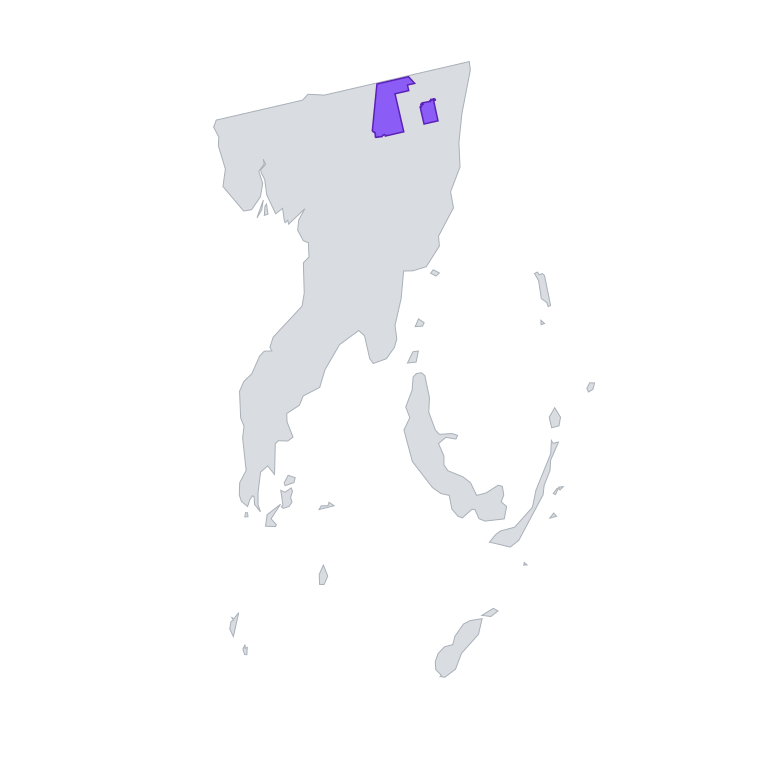 location of Telefomin District, Sandaun, Papua New Guinea, rotated 77°
{"feature_id": "67681753B11623984799605", "entity_name": "Telefomin District", "entity_type": "district", "adm_level": 2, "iso_a3": "PNG", "parent_name": "Papua New Guinea", "parent_adm1": "Sandaun", "projection": "mercator", "projection_center": [141.969, -4.517], "detail": "fine", "context": "in_parent", "style": "filled", "palette": "violet", "viewbox_px": 768, "rotation_deg": 77, "n_neighbors": 0, "source": "geoboundaries", "source_scale": "gbopen_adm2", "svg_char_len": 6534}
<svg xmlns="http://www.w3.org/2000/svg" viewBox="0 0 768 768"><g transform="rotate(77 384 384)"><path d="M89.1,488.1L89.1,399.5L84.6,392.9L89.1,377.1L89.0,228.4L97.4,229.2L138.1,247.3L165.6,256.7L189.6,261.1L211.7,275.9L228.0,276.7L252.2,297.6L262.0,299.0L279.2,316.4L280.2,330.6L278.3,339.5L304.4,348.0L329.4,360.1L343.0,361.4L350.6,365.6L359.9,375.9L361.6,389.8L356.2,392.2L332.8,392.1L326.2,396.6L335.6,418.4L356.8,438.3L372.8,447.4L377.5,465.5L385.6,471.1L390.9,485.4L399.1,487.0L415.3,484.6L417.9,490.6L415.5,499.7L417.8,503.4L447.5,511.0L437.6,515.8L442.1,524.1L461.5,531.2L473.5,533.9L480.8,533.1L472.3,537.2L464.8,536.0L463.3,537.2L466.5,540.7L472.7,544.5L466.2,549.3L459.8,550.0L447.7,546.8L437.3,537.8L404.9,533.9L393.7,529.9L384.8,531.3L358.6,526.4L350.0,520.0L344.3,510.5L328.8,498.9L325.1,493.3L326.6,485.8L322.4,486.9L313.4,481.4L289.7,446.3L277.6,441.3L247.7,435.3L243.4,428.5L229.3,425.9L226.2,430.4L214.7,433.5L205.0,430.2L195.4,421.7L206.8,441.0L202.8,440.9L204.6,444.0L202.5,444.4L190.0,443.3L193.8,451.3L173.2,455.7L157.9,454.2L150.5,456.1L147.5,455.9L143.5,450.0L137.9,451.1L142.6,451.2L148.6,458.1L161.4,457.1L173.8,462.3L184.4,473.8L183.9,481.8L155.4,496.5L138.9,490.2L114.7,491.8L106.2,489.4L95.4,492.2L89.1,488.1ZM519.2,292.3L525.1,296.3L531.0,292.1L542.5,297.2L540.3,316.4L536.6,321.7L526.9,323.6L525.8,326.4L532.1,337.7L529.5,341.7L521.1,346.0L507.2,345.5L503.5,353.2L495.8,360.1L465.9,373.8L433.3,374.9L422.6,366.4L411.3,368.0L396.3,358.0L383.7,354.0L381.1,350.1L381.4,345.2L384.9,342.3L407.4,342.8L421.6,346.7L440.4,344.3L445.6,341.3L447.5,329.0L450.6,323.9L453.8,326.3L449.9,335.8L454.3,344.3L467.7,341.8L476.2,343.8L482.8,341.3L492.2,328.0L499.7,321.9L513.4,318.8L513.1,309.0L508.3,295.6L510.3,291.7L519.2,292.3ZM683.4,390.7L681.7,395.1L680.8,393.7L673.9,397.8L666.1,396.5L659.0,392.1L653.7,384.3L653.4,375.6L645.8,371.7L635.8,360.6L633.9,353.2L634.7,341.2L649.1,348.2L663.9,369.1L678.0,378.5L683.4,390.7ZM571.3,297.7L561.8,316.8L555.8,309.0L553.4,303.5L552.9,288.9L537.5,267.1L521.6,259.8L489.4,237.2L476.7,233.6L479.9,232.5L479.8,227.0L495.7,238.8L505.6,241.7L518.8,250.8L527.7,253.9L566.7,287.9L571.3,297.7ZM314.4,203.2L344.9,204.0L345.5,206.6L341.4,206.9L336.3,211.5L318.1,210.1L310.1,212.5L309.5,209.2L312.5,208.3L312.0,204.9L314.4,203.2ZM468.0,497.3L473.6,500.6L478.4,500.2L481.9,504.0L482.5,510.2L480.5,511.6L479.2,509.7L464.4,508.5L467.2,504.9L464.4,497.8L468.0,497.3ZM464.4,230.5L453.6,230.5L445.5,223.0L456.1,219.5L464.1,222.9L464.4,230.5ZM489.9,524.4L496.9,520.5L498.5,521.8L495.9,531.4L485.1,527.3L477.9,511.9L489.9,524.4ZM546.8,483.8L558.5,482.0L564.2,486.2L565.9,487.7L564.8,491.8L555.0,490.0L546.8,483.8ZM574.1,577.0L596.2,587.6L588.0,589.4L581.1,586.6L580.2,583.9L577.4,584.8L578.9,583.0L574.1,577.0ZM368.8,356.4L359.1,348.5L359.6,343.1L369.9,347.8L368.8,356.4ZM460.8,503.2L457.9,503.5L451.4,497.9L455.3,491.6L459.8,494.0L460.8,503.2ZM631.4,340.7L627.2,327.9L630.8,324.0L634.6,332.2L631.4,340.7ZM335.1,340.7L328.3,335.7L333.3,331.1L336.3,333.5L335.1,340.7ZM437.8,186.5L434.0,187.4L429.1,183.3L430.4,178.6L436.2,181.6L437.8,186.5ZM290.5,309.1L286.5,313.7L283.8,310.2L288.2,305.1L290.5,309.1ZM491.4,460.0L491.7,475.5L488.6,472.5L490.0,466.0L486.9,464.2L491.4,460.0ZM187.0,464.1L193.5,470.4L177.6,460.2L187.0,464.1ZM192.7,462.6L184.0,460.0L182.2,458.0L192.5,458.9L192.7,462.6ZM616.9,578.5L616.3,580.7L610.5,581.1L606.7,578.0L610.4,578.7L609.8,576.5L616.9,578.5ZM551.7,245.6L552.0,252.7L547.9,247.7L551.7,245.6ZM530.3,241.9L528.7,243.7L524.6,238.8L525.4,237.8L530.3,241.9ZM482.7,546.4L482.2,549.5L478.2,547.9L478.8,545.9L482.7,546.4ZM526.9,236.4L523.8,237.2L524.3,232.4L526.9,236.4ZM361.2,214.0L361.6,217.6L357.2,216.8L361.2,214.0ZM592.4,285.3L591.9,288.6L589.5,287.5L592.4,285.3Z" fill="#d9dde1" stroke="#a8b0b8" stroke-width="1"/><path d="M103.7,293.9L97.9,293.9L98.0,286.5L90.1,291.0L90.1,323.4L134.6,338.4L134.8,338.3L134.9,338.2L135.0,338.1L135.2,337.9L135.3,337.8L135.4,337.7L135.6,337.7L135.8,337.6L136.0,337.5L136.0,337.4L136.2,337.2L136.3,337.2L136.3,337.3L136.4,337.2L136.5,337.1L136.5,336.9L136.5,336.7L136.8,336.5L137.0,336.3L137.3,336.3L137.4,336.2L137.5,336.2L137.8,336.2L137.9,336.3L138.0,336.4L138.1,336.5L138.3,336.5L138.5,336.5L138.6,336.4L138.8,336.4L139.0,336.3L139.2,336.2L139.4,336.3L139.6,336.4L139.7,336.5L139.8,336.5L140.0,336.6L140.3,336.7L140.5,336.7L140.7,336.8L140.8,336.8L141.0,336.7L141.2,336.8L141.4,336.7L141.5,336.7L141.8,336.5L142.0,336.4L142.0,336.2L141.9,336.0L141.9,335.9L141.9,335.7L141.8,335.4L141.8,335.1L141.9,334.9L142.0,334.8L142.0,334.7L142.1,334.4L142.2,334.2L142.2,333.9L142.0,333.6L141.9,333.6L142.0,333.4L142.1,333.2L142.2,332.8L142.2,332.7L142.1,332.3L142.1,332.1L142.3,331.9L142.4,331.7L142.4,331.4L142.5,331.3L142.5,331.2L142.5,330.9L142.4,330.7L142.3,330.4L142.4,330.2L142.2,330.0L142.1,329.9L141.9,329.7L141.7,329.5L141.7,329.4L141.7,329.2L141.4,329.0L141.3,328.9L141.4,328.7L141.2,328.5L141.1,328.4L141.1,328.2L141.1,327.9L141.1,327.7L141.1,327.4L141.2,327.1L141.3,327.1L141.6,326.9L141.8,326.9L142.0,326.8L142.4,326.9L142.5,326.9L142.5,327.0L142.7,327.6L142.7,308.0L128.7,308.0L103.7,308.0L103.7,293.9ZM118.7,270.2L117.6,270.4L117.5,270.7L117.5,270.8L117.6,271.0L117.6,271.3L117.6,271.5L117.4,271.8L117.3,271.7L117.2,271.7L117.2,271.8L117.3,271.9L117.3,272.0L117.5,272.2L117.5,272.3L117.6,272.5L117.6,272.8L117.6,273.0L117.4,273.3L117.5,273.4L117.5,273.5L117.8,273.8L117.9,274.0L118.0,274.2L118.1,274.5L118.2,274.4L118.2,274.5L118.3,274.7L118.3,274.8L118.3,275.0L118.1,275.0L118.4,275.2L118.5,275.1L118.6,275.3L118.8,275.4L119.0,275.4L118.9,275.6L118.9,275.8L118.9,276.0L118.7,276.2L118.8,276.3L118.9,276.5L119.0,276.6L118.7,282.5L118.5,283.4L118.9,283.5L119.0,283.6L119.1,283.8L119.3,283.7L119.5,283.6L119.6,283.4L119.8,283.1L120.0,282.9L120.3,282.9L120.4,283.1L120.5,283.2L120.5,283.4L120.5,283.5L120.4,283.6L120.1,283.8L119.9,284.0L119.7,284.1L119.4,284.2L119.3,284.3L119.3,284.5L119.4,284.8L119.6,284.8L119.8,284.8L120.1,284.8L120.2,285.0L120.2,285.3L120.3,285.3L120.4,285.2L120.4,284.9L120.5,284.7L120.9,284.7L121.1,284.7L121.2,284.8L121.3,284.8L121.4,285.0L121.5,285.1L121.5,285.3L121.6,285.5L121.8,285.6L122.1,285.3L122.2,285.2L122.3,285.2L122.5,285.3L122.6,285.6L122.5,285.8L122.4,285.8L122.2,285.8L121.8,285.8L121.7,285.8L121.7,286.0L121.8,286.1L122.0,286.2L122.1,286.3L122.2,286.5L139.7,286.5L139.7,272.7L139.8,272.3L139.8,272.2L118.9,271.9L118.9,271.7L118.9,271.4L118.8,271.2L118.9,270.9L119.0,270.8L118.9,270.7L119.0,270.5L118.9,270.1L118.7,270.1L118.7,270.2Z" fill="#8b5cf6" stroke="#5b21b6" stroke-width="1.5"/></g></svg>